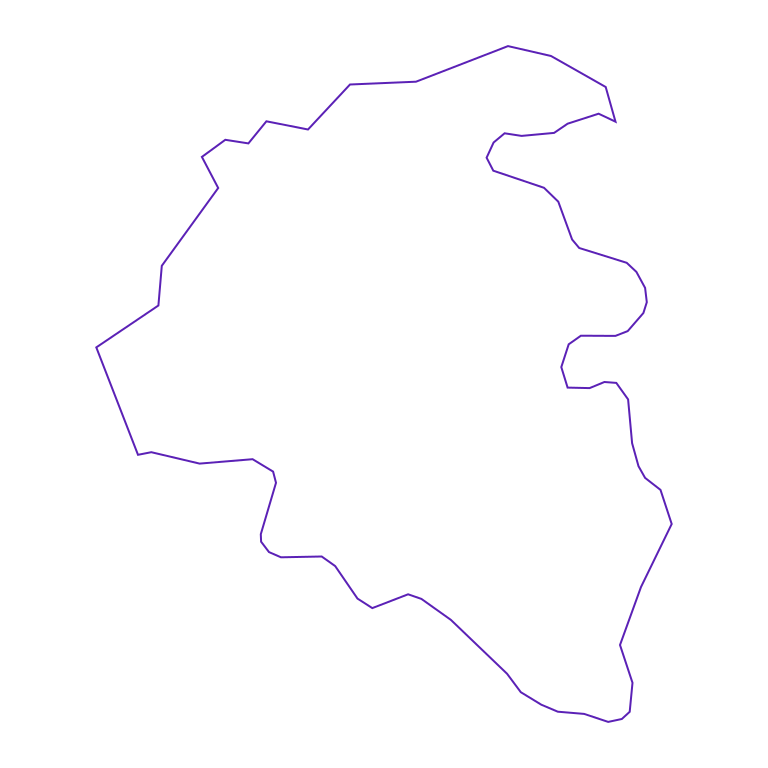 outline of Markhamat, Andijon, Uzbekistan
{"feature_id": "79887680B89624246820139", "entity_name": "Markhamat", "entity_type": "district", "adm_level": 2, "iso_a3": "UZB", "parent_name": "Uzbekistan", "parent_adm1": "Andijon", "projection": "equal_earth", "projection_center": [72.343, 40.524], "detail": "fine", "context": "isolated", "style": "outline", "palette": "violet", "viewbox_px": 768, "rotation_deg": 0, "n_neighbors": 0, "source": "geoboundaries", "source_scale": "gbopen_adm2", "svg_char_len": 1033}
<svg xmlns="http://www.w3.org/2000/svg" viewBox="0 0 768 768"><path d="M138.0,454.8L151.3,452.2L199.6,463.6L252.6,459.2L273.1,471.6L276.0,482.8L260.8,534.2L261.1,541.7L269.0,552.1L281.0,557.3L321.7,556.5L335.2,566.1L357.5,598.6L372.3,608.1L408.1,594.3L421.4,598.9L450.9,619.9L507.1,673.8L520.8,692.2L541.3,704.7L557.8,711.7L584.1,713.9L608.2,721.9L621.8,719.0L629.7,711.8L632.5,682.8L620.0,645.0L641.0,587.0L671.7,524.0L660.5,489.9L645.1,477.9L638.5,466.2L632.1,443.2L628.1,399.4L616.3,382.9L604.4,382.0L589.6,388.1L567.6,387.6L561.3,367.1L568.7,344.3L580.9,335.7L615.4,335.9L627.7,331.1L643.4,313.0L646.8,302.2L645.1,287.9L636.4,271.9L626.7,262.8L579.2,248.0L572.1,239.5L558.3,201.7L544.0,187.8L493.3,170.7L486.6,157.7L493.6,142.5L504.6,133.3L521.6,135.9L554.1,132.9L567.6,123.7L598.6,113.7L615.5,121.7L605.7,87.0L551.0,56.0L508.0,46.1L416.0,81.7L350.0,84.5L308.0,129.5L266.4,121.3L248.4,143.4L225.3,139.8L201.9,156.9L218.2,188.0L161.8,265.8L158.4,305.5L96.3,347.4L138.0,454.8Z" fill="none" stroke="#5b21b6" stroke-width="2"/></svg>